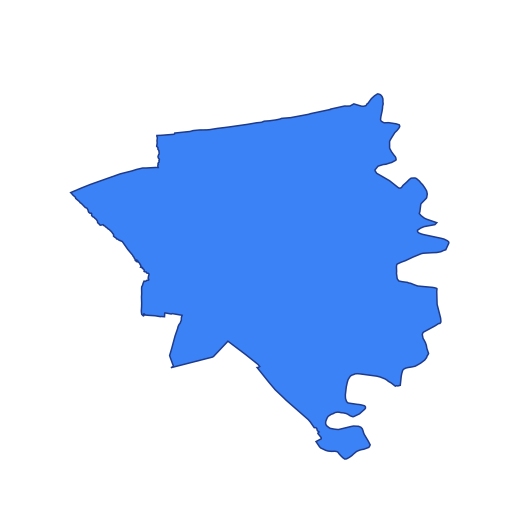 Vetrisoaia, Vaslui, Romania (Robinson projection), rotated 11°
{"feature_id": "2599482B68362790153734", "entity_name": "Vetrisoaia", "entity_type": "district", "adm_level": 2, "iso_a3": "ROU", "parent_name": "Romania", "parent_adm1": "Vaslui", "projection": "robinson", "projection_center": [28.193, 46.447], "detail": "fine", "context": "isolated", "style": "filled", "palette": "blue", "viewbox_px": 512, "rotation_deg": 11, "n_neighbors": 0, "source": "geoboundaries", "source_scale": "gbopen_adm2", "svg_char_len": 6090}
<svg xmlns="http://www.w3.org/2000/svg" viewBox="0 0 512 512"><g transform="rotate(11 256 256)"><path d="M350.3,426.7L354.7,431.1L356.1,432.1L361.6,433.5L363.9,433.7L367.3,433.4L370.7,432.6L372.9,432.6L373.9,433.0L375.5,434.5L378.1,436.4L380.0,437.6L381.9,438.4L383.7,437.8L386.0,435.9L388.2,433.6L389.4,431.9L392.0,428.7L394.6,426.9L396.6,425.9L398.7,425.1L403.2,422.4L403.7,421.4L404.1,419.6L401.6,416.4L396.4,410.6L395.5,409.3L394.2,406.8L393.4,405.5L392.9,405.0L391.6,404.1L389.2,403.6L384.2,404.3L381.9,405.2L370.1,410.6L368.4,410.8L365.8,411.0L361.6,411.0L359.9,410.3L357.7,409.1L356.7,408.0L356.3,407.0L356.1,405.8L356.1,404.6L356.7,401.5L357.4,399.6L360.2,396.9L361.6,396.2L363.5,394.6L365.8,393.7L367.5,393.5L369.2,393.6L371.7,393.3L374.3,393.4L376.0,393.7L379.0,394.9L381.6,395.3L382.4,395.1L387.7,391.2L392.1,385.4L392.5,384.4L392.2,383.2L391.6,382.6L390.8,382.3L388.2,382.1L385.5,382.1L383.8,382.3L375.0,382.7L374.1,382.6L372.7,381.6L371.1,378.9L370.7,377.5L370.2,375.3L369.6,367.2L369.7,362.6L370.0,359.7L371.4,356.1L372.6,354.8L374.5,353.7L375.8,352.8L377.8,352.2L380.3,351.9L397.4,350.9L401.1,351.1L406.3,352.1L409.0,353.2L409.6,353.7L412.9,354.8L417.6,357.2L418.6,356.5L420.0,356.5L422.3,355.4L421.5,346.3L421.5,343.4L421.8,340.5L422.1,339.6L422.7,338.8L424.3,337.5L426.2,336.6L430.3,335.1L433.3,333.8L435.7,331.8L438.1,329.7L441.5,325.9L442.8,323.2L443.1,321.3L443.7,320.0L444.0,318.8L441.3,314.0L440.3,311.3L438.8,308.7L436.9,306.3L436.2,305.6L435.6,304.8L434.2,301.3L434.5,299.5L435.0,298.7L445.2,290.3L448.1,287.5L449.4,287.1L450.0,286.0L450.0,285.0L449.1,281.8L443.0,268.9L440.2,256.4L439.9,253.6L439.4,253.3L437.6,253.1L435.5,253.1L420.5,254.6L416.6,254.0L413.1,253.3L410.8,253.3L409.8,253.0L404.9,253.3L401.1,253.3L399.4,251.9L398.8,251.0L397.2,246.2L397.0,244.4L395.9,239.7L395.8,237.7L396.2,236.9L399.8,234.3L403.5,232.1L410.3,227.1L417.6,222.3L419.3,221.5L421.4,220.9L428.5,219.1L432.8,218.1L436.7,216.5L439.2,214.7L441.1,213.7L442.8,206.6L442.6,205.6L441.8,205.0L440.9,204.5L437.3,203.5L434.2,203.3L416.3,203.0L414.0,202.8L411.5,202.3L410.5,201.8L409.9,201.1L409.6,199.9L412.3,197.2L415.4,195.1L425.6,191.1L427.1,188.8L416.4,187.3L414.0,186.7L410.4,184.9L408.1,183.1L408.4,181.3L407.9,173.7L408.2,172.9L412.0,167.1L412.4,166.3L412.3,162.5L411.1,159.6L408.7,156.9L405.8,154.1L404.1,153.0L402.1,151.3L398.8,149.4L397.7,149.1L396.5,149.2L393.4,150.0L391.9,151.6L389.7,154.9L386.8,158.7L385.8,160.9L385.1,161.6L383.5,162.1L382.3,161.6L372.7,156.6L358.7,151.8L356.6,149.6L356.4,148.7L358.7,144.5L363.3,142.0L366.1,141.1L369.7,139.1L371.2,138.4L375.0,135.3L375.1,134.4L374.3,132.6L373.6,131.8L372.0,130.5L369.1,127.8L366.6,124.7L365.3,118.3L365.4,117.3L366.3,114.6L368.7,108.4L370.4,106.0L371.8,103.4L372.4,101.6L372.1,100.7L371.6,99.9L368.3,99.5L360.7,99.8L356.5,100.8L355.4,100.6L353.3,99.8L352.6,99.1L352.2,98.2L352.0,95.4L352.1,89.7L352.0,86.9L351.7,84.9L351.8,83.2L351.8,82.4L351.1,80.1L350.9,78.7L350.4,77.1L349.2,75.3L347.8,74.2L346.9,73.8L345.1,73.6L344.3,73.7L341.8,76.1L339.3,79.4L336.7,84.9L335.9,85.6L335.5,87.0L335.0,87.6L332.7,88.6L331.0,88.8L323.0,88.0L319.7,90.8L316.3,91.6L314.6,91.8L312.6,92.6L301.1,97.6L301.2,97.9L282.5,105.8L280.5,106.9L263.5,113.6L254.9,116.0L253.4,117.0L249.1,118.8L243.1,120.8L238.3,122.1L235.9,123.7L231.2,125.1L222.5,128.4L204.0,134.8L193.5,138.2L186.7,140.7L183.6,141.6L176.4,143.1L170.3,144.9L167.6,146.3L152.8,150.8L152.8,151.7L151.8,152.3L139.6,155.7L135.7,156.6L135.9,157.6L136.6,158.7L136.8,161.7L137.4,163.8L137.5,165.2L137.5,166.8L137.6,167.4L139.0,168.2L139.4,170.0L140.5,171.0L141.3,173.4L141.4,174.4L141.1,175.0L140.8,177.0L141.0,177.6L141.4,178.4L142.5,179.3L142.8,179.9L142.5,180.6L142.7,181.1L142.9,182.3L142.3,183.2L142.2,183.9L142.2,184.4L142.6,184.7L142.4,185.3L142.4,186.2L142.7,187.2L143.1,187.8L140.7,188.2L131.3,190.6L128.1,191.2L122.3,193.8L117.9,196.2L107.0,201.3L79.7,217.4L71.9,222.4L62.0,229.1L63.3,230.0L64.3,230.9L67.5,232.8L68.0,233.9L72.3,236.3L73.3,237.3L74.5,237.7L79.2,241.0L80.7,241.2L81.3,241.7L82.3,242.9L83.0,244.4L83.4,244.9L84.2,245.4L85.0,245.7L86.1,245.4L86.6,245.8L86.9,247.6L87.1,247.8L88.5,248.7L89.7,248.9L90.6,249.7L92.1,250.5L93.6,251.9L94.2,253.5L96.0,254.6L96.6,255.2L97.1,255.4L97.6,255.4L99.8,254.4L100.5,254.7L100.6,255.1L101.9,255.4L103.0,256.2L103.9,256.5L105.8,257.7L107.1,258.1L108.1,258.9L108.9,259.3L110.4,260.5L110.7,260.9L112.1,262.1L112.3,262.9L112.3,263.6L113.5,264.4L114.3,264.6L115.5,265.3L115.7,265.6L116.1,265.9L117.0,265.8L117.8,266.3L119.2,266.8L120.1,266.7L120.8,267.2L121.4,267.1L122.1,267.4L128.9,274.0L134.7,278.7L135.4,279.7L136.4,280.4L136.8,281.2L137.7,282.1L138.3,282.8L138.2,283.2L138.4,283.4L139.0,283.3L139.4,282.7L139.8,282.7L140.0,283.0L139.9,283.4L139.4,283.9L139.5,284.2L140.1,284.3L140.1,283.8L140.2,283.6L141.2,283.6L141.5,284.4L142.1,284.6L143.1,285.4L143.5,285.8L143.8,286.4L144.3,286.6L144.5,287.3L145.1,287.9L144.8,289.0L145.9,288.9L146.7,289.0L146.9,289.3L146.7,289.7L146.8,289.9L148.1,290.3L148.6,290.7L149.2,292.0L149.1,292.5L149.9,292.7L150.9,292.6L151.3,292.7L151.8,293.5L152.7,293.6L153.5,293.5L154.1,293.8L154.5,294.4L154.3,296.5L154.4,298.5L154.6,298.9L155.1,299.2L155.2,299.5L155.1,300.2L153.2,300.9L152.6,301.8L152.2,302.0L150.9,302.0L150.4,304.2L150.2,306.5L149.7,308.0L149.9,309.8L151.0,314.9L151.4,318.1L152.8,324.2L153.4,327.9L153.9,331.8L154.5,333.9L155.0,335.1L156.8,336.3L157.2,336.0L156.9,335.1L156.8,334.3L157.1,334.1L158.2,334.7L158.3,335.1L161.5,334.8L168.4,333.9L173.7,333.8L174.3,333.5L177.8,333.1L177.3,329.4L177.6,329.2L183.9,329.1L184.8,328.5L194.8,328.3L194.5,330.5L194.7,332.2L195.0,333.3L194.6,334.5L194.5,335.6L194.2,336.8L193.6,337.7L193.0,340.0L192.9,342.2L191.8,350.0L190.9,362.7L190.2,370.2L191.5,372.5L195.8,379.6L195.7,380.3L193.8,381.9L232.6,363.5L233.5,362.7L234.5,361.1L244.7,345.0L264.6,354.7L278.6,362.0L280.8,363.8L279.4,365.0L278.4,365.3L292.9,377.6L300.3,383.6L310.5,390.1L312.7,391.6L338.5,406.6L340.9,408.5L345.9,413.4L347.5,413.1L348.5,413.6L349.5,415.7L351.4,416.7L350.8,417.2L350.6,418.4L354.7,421.9L354.9,423.0L350.3,426.7Z" fill="#3b82f6" stroke="#1e3a8a" stroke-width="1.5"/></g></svg>